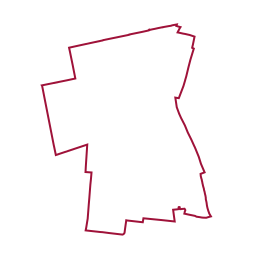 outline of Corabia, Romania, rotated 274°
{"feature_id": "2599482B61415675017913", "entity_name": "Corabia", "entity_type": "district", "adm_level": 2, "iso_a3": "ROU", "parent_name": "Romania", "parent_adm1": "", "projection": "albers", "projection_center": [24.472, 43.795], "detail": "fine", "context": "isolated", "style": "outline", "palette": "rose", "viewbox_px": 256, "rotation_deg": 274, "n_neighbors": 0, "source": "geoboundaries", "source_scale": "gbopen_adm2", "svg_char_len": 2571}
<svg xmlns="http://www.w3.org/2000/svg" viewBox="0 0 256 256"><g transform="rotate(274 128 128)"><path d="M227.4,142.1L227.1,141.8L226.6,141.2L226.4,140.6L224.8,135.2L221.4,122.9L221.2,122.9L220.7,121.4L213.9,97.0L213.8,96.9L213.7,96.8L213.6,96.7L213.4,95.9L207.9,76.9L204.0,63.6L200.6,64.6L187.0,68.4L173.7,72.0L171.9,65.8L171.3,63.7L164.9,40.5L164.5,39.1L164.1,39.4L163.3,39.6L161.1,40.2L154.0,42.1L105.1,55.3L104.9,55.4L96.0,57.9L108.6,88.5L87.5,88.6L81.1,88.7L81.1,94.7L74.5,94.6L68.9,94.4L55.5,94.3L49.3,94.2L48.6,94.2L34.7,94.1L31.5,93.8L26.0,93.3L22.9,92.9L22.8,95.1L22.3,107.8L22.3,109.8L21.9,116.5L21.3,129.5L21.3,130.0L21.6,130.6L21.8,130.9L22.2,131.2L22.6,131.6L23.2,131.8L23.8,131.9L25.8,132.0L35.8,132.7L35.7,133.3L35.0,149.3L39.0,149.7L38.5,168.0L38.0,181.1L49.6,178.7L50.3,182.8L50.6,184.1L50.8,184.2L51.0,184.3L51.5,184.2L52.2,184.0L52.4,184.0L52.6,184.1L52.7,184.4L52.7,184.7L52.7,184.9L52.6,185.1L52.4,185.1L52.1,185.2L51.9,185.2L51.7,185.2L51.2,185.3L50.8,185.4L50.7,185.5L50.7,186.1L51.0,187.5L51.4,190.0L50.8,190.5L50.3,190.8L49.9,190.9L49.6,190.8L49.2,190.7L48.7,190.5L48.1,190.4L47.5,190.4L46.5,190.2L45.9,194.2L45.0,201.0L44.3,202.5L44.1,205.4L43.8,208.3L43.9,212.2L45.2,215.7L45.6,216.9L46.6,216.2L47.5,215.6L48.4,215.0L49.4,214.6L50.7,214.0L52.0,213.5L53.6,212.9L54.9,212.5L56.4,212.1L57.9,211.8L58.9,211.6L60.0,211.3L61.3,210.9L62.3,210.6L63.0,210.5L63.5,210.5L64.1,210.4L64.9,210.2L65.8,210.0L67.0,209.6L68.3,209.2L69.5,208.9L70.6,208.5L71.7,208.1L72.8,207.9L73.8,207.5L74.9,207.1L76.1,206.7L76.9,206.5L77.8,206.2L78.2,206.1L78.4,206.0L79.1,205.9L80.0,205.6L81.0,205.3L81.9,205.1L82.7,204.7L83.7,204.4L84.6,204.1L85.3,203.9L86.0,203.8L87.3,203.6L89.1,207.5L97.3,203.3L104.2,200.6L111.5,197.0L111.8,196.9L112.1,196.7L113.7,195.9L114.0,195.7L114.5,195.4L120.8,192.0L127.8,187.9L134.5,184.6L141.6,180.3L145.5,178.2L145.8,178.0L146.0,178.0L146.1,177.9L152.1,175.2L161.6,173.1L161.3,176.6L173.8,180.4L179.2,181.6L179.7,181.7L179.9,181.7L183.5,182.5L193.0,184.1L200.5,185.5L211.8,188.1L212.5,186.4L213.6,186.6L213.8,186.6L215.4,186.9L223.8,188.0L225.1,183.0L225.3,181.6L225.8,178.4L226.0,176.4L226.2,175.1L226.6,172.5L226.7,171.7L226.8,170.8L227.9,171.2L229.1,171.8L229.9,172.1L230.6,172.4L231.4,172.8L232.3,173.3L232.8,170.7L233.2,169.1L234.7,169.5L233.8,166.0L233.6,165.3L233.5,164.9L233.2,164.2L233.0,163.8L232.6,162.0L231.3,156.8L230.9,155.7L231.0,155.6L229.7,150.9L228.8,147.9L228.0,144.9L227.9,144.7L227.8,144.2L227.6,143.5L227.5,143.3L227.4,143.1L227.0,142.3L227.2,142.2L227.4,142.1Z" fill="none" stroke="#9f1239" stroke-width="2"/></g></svg>